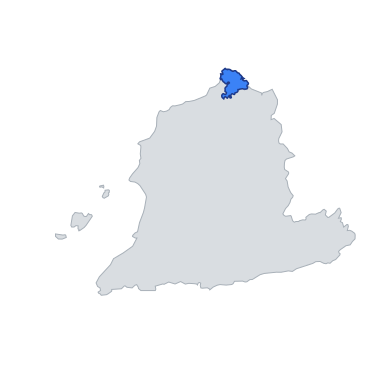 location of Cádiz within Spain, rotated 163°
{"feature_id": "ESP-5812", "entity_name": "Cádiz", "entity_type": "Autonomous Community", "adm_level": 1, "iso_a3": "ESP", "parent_name": "Spain", "parent_adm1": "", "projection": "equal_earth", "projection_center": [-5.7, 36.526], "detail": "fine", "context": "in_parent", "style": "filled", "palette": "blue", "viewbox_px": 384, "rotation_deg": 163, "n_neighbors": 0, "source": "natural_earth", "source_scale": "10m", "svg_char_len": 5848}
<svg xmlns="http://www.w3.org/2000/svg" viewBox="0 0 384 384"><g transform="rotate(163 192 192)"><path d="M203.6,93.2L203.6,94.1L205.3,95.9L210.3,97.0L211.6,97.7L211.4,100.2L210.3,102.3L211.4,103.3L212.6,103.2L214.0,101.5L214.4,102.6L216.7,103.7L221.8,105.6L225.3,105.9L229.1,109.7L235.1,109.0L240.6,112.7L245.7,111.9L246.8,112.6L254.7,112.7L255.0,109.7L255.9,108.5L269.7,112.7L271.4,115.3L271.2,116.6L272.0,119.6L273.8,119.5L277.3,117.8L282.1,119.9L283.4,121.8L284.3,121.9L287.8,120.1L297.3,122.3L297.7,120.8L298.3,120.4L302.2,119.1L303.9,118.8L309.0,119.8L309.6,121.5L310.7,122.2L311.1,123.7L308.2,124.6L308.0,127.1L309.9,129.3L310.3,133.1L305.4,138.0L291.2,146.3L286.5,151.2L275.7,153.8L264.6,157.5L258.1,164.1L259.8,164.6L261.9,166.9L261.3,167.9L258.4,169.5L255.7,169.9L251.1,178.1L244.5,186.6L242.1,190.5L237.0,200.5L237.0,203.4L239.9,213.3L241.5,216.0L243.7,218.2L247.8,220.1L248.8,221.9L247.5,223.7L243.5,226.8L236.5,231.1L233.6,234.4L233.1,237.6L231.0,239.1L230.3,243.6L227.7,250.0L227.5,251.6L229.7,253.9L227.6,255.3L216.7,255.9L210.0,260.9L206.7,265.3L203.8,273.5L200.1,278.3L198.5,279.2L195.9,277.1L192.7,276.8L189.6,277.5L188.0,279.2L185.5,280.1L183.0,279.3L177.6,278.9L175.2,278.9L171.5,280.3L168.3,279.4L162.9,278.9L151.2,280.0L149.7,280.5L144.6,286.1L138.9,286.2L133.8,288.5L130.3,293.9L129.7,296.8L128.6,296.1L127.9,296.3L127.4,298.5L123.9,299.9L119.9,298.1L116.6,295.4L114.9,295.2L112.0,291.1L110.8,288.4L110.0,285.5L109.9,283.5L107.4,282.3L106.8,279.7L108.6,276.3L111.1,274.4L108.8,274.6L107.2,276.8L105.1,273.2L96.6,266.4L97.1,264.0L95.7,265.8L94.7,266.3L90.4,266.0L85.3,266.8L83.3,255.2L84.6,251.1L90.3,243.2L93.8,242.1L95.2,238.1L92.0,238.3L87.0,230.4L88.3,223.2L93.4,217.7L94.3,215.5L94.5,213.5L93.5,212.1L90.8,211.3L88.0,205.6L87.4,202.0L85.0,200.0L83.1,196.5L84.9,196.0L92.0,195.9L93.8,195.0L95.1,192.7L96.5,188.8L96.8,186.4L94.0,183.1L93.9,182.3L94.3,181.2L98.7,177.5L97.8,174.7L98.6,168.8L98.2,165.4L97.8,162.6L96.3,158.9L97.3,157.5L99.5,156.2L101.4,153.3L104.0,150.8L107.4,148.8L111.5,144.5L110.8,142.6L109.5,141.4L104.5,140.6L104.2,139.7L104.2,135.1L103.0,133.2L101.2,133.4L98.5,132.6L97.8,133.1L94.3,133.0L91.9,132.1L90.8,132.8L90.5,134.5L86.4,136.2L84.2,136.1L80.4,134.7L76.1,135.2L75.6,134.8L71.9,136.7L70.7,136.8L69.2,134.5L71.2,131.1L69.5,127.9L68.4,127.8L61.6,130.2L57.6,133.2L56.0,133.6L55.5,133.1L55.4,128.7L59.6,124.1L56.9,123.8L57.1,122.4L58.8,120.3L57.1,118.7L57.2,114.1L53.5,115.6L52.5,115.3L52.5,113.5L54.8,109.7L52.5,109.3L50.7,107.9L48.5,104.9L48.5,103.3L49.8,99.5L53.0,97.8L56.2,95.2L60.5,95.6L67.0,93.5L69.2,92.3L69.2,90.8L68.4,89.6L69.1,88.5L74.4,85.4L77.6,85.1L80.8,83.5L82.9,84.5L84.8,84.2L87.0,85.4L89.8,88.1L94.0,89.2L97.3,88.4L114.4,88.1L119.2,86.7L123.0,88.4L130.3,89.2L134.6,90.6L146.8,93.0L151.1,93.0L159.9,90.7L162.3,91.3L165.8,90.1L167.5,90.4L169.7,92.0L177.5,94.2L179.5,92.3L181.0,91.9L186.6,93.0L192.3,95.3L195.2,95.5L199.5,94.9L203.6,93.2ZM310.8,192.9L312.8,193.8L315.0,193.0L316.1,193.3L317.3,193.7L317.6,195.5L313.3,204.2L309.8,206.6L306.0,204.7L303.8,204.3L303.2,203.6L302.6,200.8L301.6,199.9L300.1,199.5L297.3,201.7L296.4,200.2L295.0,199.9L294.5,199.0L294.5,197.9L303.0,191.1L305.5,189.6L310.8,187.9L311.7,188.1L311.0,189.2L311.8,190.1L310.8,192.9ZM335.5,189.4L334.8,191.8L328.1,188.6L325.9,188.2L325.4,187.7L325.5,185.3L329.9,184.9L333.5,186.1L335.5,189.4ZM275.3,217.4L274.6,219.1L271.3,218.5L270.6,217.8L271.2,215.9L272.2,215.6L272.2,214.2L273.1,212.8L277.7,211.7L278.8,212.6L279.1,214.0L276.4,217.0L275.3,217.4ZM278.8,224.4L278.3,224.7L274.7,224.4L274.6,223.3L275.3,221.7L276.6,223.2L278.7,223.5L278.8,224.4Z" fill="#d9dde1" stroke="#a8b0b8" stroke-width="1"/><path d="M130.1,296.6L129.7,296.6L129.5,296.0L129.2,295.7L128.7,295.5L128.2,295.5L128.2,295.8L128.0,296.0L127.9,296.4L127.9,296.8L128.0,297.2L127.9,297.4L128.0,297.8L128.1,298.1L128.2,298.3L128.1,298.7L128.0,298.9L127.8,299.0L127.4,299.2L125.2,300.0L124.9,300.3L124.2,300.5L123.8,299.6L122.9,299.1L122.5,298.7L122.0,298.9L121.5,298.8L121.1,298.5L120.2,298.2L119.8,297.9L119.4,297.1L118.0,295.7L117.5,295.4L117.1,295.4L116.1,295.6L114.9,295.2L114.4,294.4L114.0,293.4L113.5,292.6L112.3,291.9L112.1,291.5L112.1,291.0L111.9,290.5L111.7,290.0L111.0,289.1L110.5,287.8L110.2,287.0L109.7,286.0L109.2,285.5L109.0,285.3L109.3,285.2L109.5,285.2L110.2,285.9L110.3,286.1L110.2,286.4L110.4,286.7L110.7,287.1L111.0,287.0L111.2,286.8L111.4,286.5L111.9,285.9L111.7,285.9L111.3,286.0L110.9,286.0L110.7,285.5L110.8,284.6L110.7,284.1L109.6,283.0L109.4,282.9L107.9,282.8L107.5,282.7L107.2,282.3L106.9,281.2L106.7,280.7L106.4,280.1L106.3,279.6L106.4,279.1L106.8,278.6L107.2,278.4L108.0,278.1L108.3,277.8L108.5,277.1L108.3,275.9L108.4,275.3L109.2,274.6L110.7,274.7L112.3,275.2L113.5,276.0L116.4,276.4L117.0,276.2L118.1,276.5L118.4,275.5L118.7,274.9L119.2,274.5L120.0,274.2L121.9,274.2L122.4,273.3L122.9,272.9L123.5,273.1L124.7,274.2L125.2,274.2L125.6,274.0L126.1,273.7L126.5,273.2L126.7,272.6L126.8,272.3L126.7,271.2L126.8,270.8L127.2,270.6L127.5,270.6L127.8,270.7L128.1,270.9L128.2,271.2L128.2,271.7L127.7,272.6L127.8,273.1L128.0,273.4L128.3,273.3L130.6,271.5L130.8,271.4L131.0,271.6L132.0,273.2L132.3,273.4L132.7,273.4L133.2,273.1L133.6,272.8L134.4,271.8L135.3,273.2L135.6,274.1L135.5,275.0L135.2,275.8L134.6,276.4L133.9,276.8L133.2,276.8L131.8,275.5L131.1,275.6L130.8,275.8L130.2,276.5L130.0,276.9L130.2,277.5L131.0,278.5L130.9,279.1L130.5,279.7L130.1,281.5L129.7,282.0L129.1,282.4L127.8,282.9L127.6,283.1L127.2,283.9L127.0,284.2L126.4,284.6L124.6,285.2L124.4,285.3L124.3,285.7L124.4,286.0L124.8,286.3L125.1,286.5L125.5,286.5L126.3,285.9L127.1,285.6L127.9,285.6L128.2,285.8L128.5,286.1L129.0,287.3L129.8,288.2L130.2,289.3L130.5,291.3L131.5,291.0L132.0,292.1L131.9,292.2L131.7,292.4L131.5,292.5L131.2,292.7L131.2,292.9L131.3,293.2L131.0,293.5L130.3,295.0L130.2,295.3L130.1,296.6Z" fill="#3b82f6" stroke="#1e3a8a" stroke-width="1.5"/></g></svg>